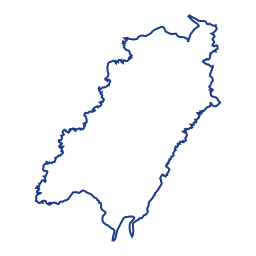 the district of Porto Estrela, Mato Grosso, Brazil
{"feature_id": "56859067B85478740045964", "entity_name": "Porto Estrela", "entity_type": "district", "adm_level": 2, "iso_a3": "BRA", "parent_name": "Brazil", "parent_adm1": "Mato Grosso", "projection": "mercator", "projection_center": [-57.219, -15.53], "detail": "fine", "context": "isolated", "style": "outline", "palette": "blue", "viewbox_px": 256, "rotation_deg": 0, "n_neighbors": 0, "source": "geoboundaries", "source_scale": "gbopen_adm2", "svg_char_len": 5787}
<svg xmlns="http://www.w3.org/2000/svg" viewBox="0 0 256 256"><path d="M124.4,42.7L123.5,44.8L124.6,45.2L123.9,47.4L126.5,50.2L128.5,50.5L129.3,51.2L130.1,54.1L131.7,55.5L131.0,56.6L129.8,56.7L129.1,57.9L130.8,57.9L127.1,61.1L125.8,61.0L124.7,60.2L123.5,60.5L123.1,63.0L121.3,61.7L121.3,59.9L120.2,60.4L119.1,59.9L118.0,61.1L118.1,62.2L116.1,61.1L116.0,63.1L114.1,60.9L113.2,60.6L111.8,61.4L108.6,62.6L107.5,66.4L107.4,67.9L107.7,71.6L108.5,73.8L108.4,75.0L107.3,77.2L105.2,78.9L105.6,79.8L106.9,79.9L107.4,80.9L108.6,79.6L109.6,80.0L110.3,81.3L109.2,83.4L109.0,85.2L107.7,85.2L106.5,86.7L105.3,86.9L104.3,87.5L102.8,87.3L100.7,89.1L99.7,88.4L99.2,87.5L98.6,88.7L99.0,89.6L99.1,90.6L100.2,91.7L100.6,93.5L101.7,92.7L101.4,94.3L102.2,95.5L101.7,97.4L103.6,98.8L103.8,100.0L102.9,100.7L102.7,101.9L101.0,101.8L99.8,102.5L101.2,103.4L101.5,104.4L100.2,106.1L98.9,106.4L98.2,107.4L96.9,106.3L94.0,108.1L93.0,109.5L94.1,109.5L94.8,110.6L93.0,111.6L91.5,111.9L90.0,111.5L88.6,112.2L87.8,113.3L85.5,112.8L84.6,113.8L84.3,115.5L85.6,116.0L86.5,118.9L86.7,121.1L86.5,122.6L84.8,123.0L85.1,124.5L83.9,124.2L84.7,126.5L84.0,127.1L83.7,128.4L82.5,129.5L81.3,128.8L80.4,129.5L79.7,128.4L78.4,128.7L77.0,129.5L75.3,129.0L75.4,130.7L74.3,130.1L73.1,128.4L71.8,129.1L70.3,129.0L70.4,130.3L69.2,130.3L69.4,131.7L68.6,132.6L65.8,131.2L65.4,130.1L64.5,129.7L62.8,131.2L62.6,132.4L63.9,134.6L61.2,135.8L62.0,136.9L62.1,138.2L60.8,140.4L59.4,140.0L58.6,140.4L59.1,142.1L61.9,143.6L61.4,144.6L60.0,145.2L59.1,146.2L60.0,147.5L60.8,147.0L62.9,146.7L61.4,148.9L61.7,150.1L61.3,151.2L62.6,151.0L63.1,152.6L61.9,154.0L60.9,154.5L60.4,155.7L58.5,155.5L57.4,156.9L55.2,157.9L55.7,159.1L54.5,162.0L53.0,161.9L51.9,163.1L49.7,162.5L48.4,163.6L47.4,163.7L47.4,162.2L46.4,161.9L46.0,163.6L44.6,164.3L43.3,166.0L43.5,167.3L43.0,169.3L43.8,170.8L46.6,171.0L47.4,171.5L46.5,174.5L45.5,176.0L44.0,176.4L45.3,177.5L44.7,180.2L45.7,180.7L45.1,181.9L43.2,180.3L42.1,180.3L40.5,183.2L39.2,183.6L39.6,185.3L39.0,186.2L37.3,186.3L36.2,188.0L38.8,188.2L39.2,189.4L37.0,191.2L36.9,192.3L40.5,193.0L39.6,193.9L37.8,193.8L36.1,196.4L36.4,198.4L35.9,201.0L37.3,201.4L38.2,202.7L39.8,203.0L40.6,202.2L42.7,202.8L42.3,200.9L43.9,200.7L45.8,201.2L46.2,203.0L48.5,204.4L49.2,202.9L50.5,202.9L50.4,204.2L52.8,202.8L54.2,202.5L56.7,203.3L57.7,204.0L59.2,203.7L59.8,202.0L61.0,201.6L62.7,201.7L64.6,200.5L66.2,200.3L68.1,199.2L73.0,192.4L76.5,192.1L78.9,193.0L82.7,190.5L84.3,190.7L87.4,192.8L91.3,194.3L94.2,197.4L96.3,198.3L97.6,200.2L98.7,200.7L99.1,202.7L100.8,203.0L101.1,205.0L101.0,207.3L102.3,210.0L105.4,212.1L105.4,213.2L104.5,214.5L103.3,215.5L102.5,217.4L102.4,220.5L102.9,221.7L103.4,222.5L105.8,224.4L106.7,225.1L107.7,225.2L110.8,227.9L113.2,229.2L114.4,230.5L114.2,233.5L113.4,235.2L112.5,240.4L113.6,240.6L114.9,239.3L115.6,237.6L117.0,231.0L117.6,229.6L122.9,219.3L123.8,217.9L125.5,217.1L131.4,216.4L132.8,216.6L134.3,217.6L134.0,218.7L130.4,222.7L129.6,225.3L129.6,228.7L130.2,231.9L130.8,234.2L132.1,236.5L132.7,235.0L133.4,230.9L132.9,226.9L132.9,223.5L135.5,221.2L138.9,219.5L139.2,218.5L140.3,218.1L141.6,218.2L142.6,217.3L143.8,215.3L146.0,214.5L146.9,213.4L148.0,211.4L147.3,210.0L147.2,208.7L148.8,204.7L148.7,203.2L149.3,201.7L152.7,197.8L153.9,195.4L155.0,194.6L154.9,193.3L157.5,190.7L161.7,183.7L161.5,182.1L160.9,181.1L161.0,179.9L160.3,179.1L160.3,177.7L162.3,174.6L163.5,174.7L164.3,176.0L165.6,176.5L166.1,175.5L167.2,175.1L167.0,173.7L168.1,172.5L169.4,169.5L168.3,168.0L166.5,166.7L166.0,165.6L167.5,164.6L167.0,163.6L168.8,162.7L168.5,161.4L169.7,160.4L169.5,159.2L170.6,159.0L171.2,158.2L171.3,156.5L172.7,156.3L173.7,155.2L173.1,153.3L174.7,150.8L175.7,150.1L174.9,149.0L175.1,148.0L176.4,147.6L176.0,146.6L177.1,146.6L178.0,145.9L177.8,143.9L180.0,143.9L179.6,142.2L180.8,141.7L183.2,142.2L183.2,141.1L184.2,141.6L186.1,140.3L185.2,138.4L187.0,135.6L186.5,133.3L185.6,132.5L184.4,132.4L183.1,131.6L184.1,131.1L185.7,130.9L184.9,129.2L186.1,128.7L187.6,129.3L188.8,129.0L189.7,128.0L191.4,128.0L192.4,127.4L190.8,124.7L192.7,125.1L193.9,124.7L193.5,123.2L194.2,122.4L196.0,122.5L196.4,121.4L195.6,120.6L195.2,119.7L197.0,119.5L199.1,117.4L198.8,116.4L199.7,115.5L199.1,114.4L198.2,114.1L197.5,113.0L198.8,112.9L200.8,113.5L200.3,111.6L202.1,112.2L202.0,111.0L203.7,111.0L207.0,107.3L209.1,106.7L210.3,105.9L210.4,103.1L211.3,103.3L212.1,105.3L214.4,106.2L215.9,106.3L217.9,104.8L220.1,102.5L217.8,100.0L217.5,98.7L215.9,97.5L214.1,96.8L213.0,96.8L211.6,96.1L211.0,95.3L211.0,94.2L210.4,92.9L211.2,91.9L210.1,90.5L211.2,90.7L212.7,90.4L212.5,89.3L210.1,88.1L209.2,86.6L210.6,85.1L210.9,83.6L212.0,81.5L212.9,80.7L212.4,78.2L211.5,77.1L209.9,75.9L210.3,73.7L211.3,70.8L211.9,69.9L212.1,68.5L213.0,67.1L212.8,65.9L211.6,66.6L210.7,66.4L208.6,64.5L207.3,64.5L205.8,63.8L202.9,61.6L203.7,60.4L205.7,60.1L206.6,58.9L208.0,59.6L209.5,58.6L210.1,56.7L209.9,55.1L210.7,54.3L210.5,53.1L211.9,52.7L212.8,52.1L213.4,50.9L215.8,51.5L215.5,49.7L217.6,48.7L217.4,45.9L216.3,45.3L214.3,46.3L213.1,45.9L212.4,45.3L214.2,42.3L213.7,41.0L212.6,39.5L213.1,38.2L214.6,36.3L214.0,35.3L211.7,33.6L212.9,33.4L215.5,30.7L216.8,28.6L215.8,26.8L215.8,25.3L213.1,25.7L209.3,23.6L208.4,24.3L207.1,24.0L205.8,21.9L204.6,21.1L198.8,20.9L195.4,18.6L193.7,18.0L189.4,15.4L188.5,16.4L189.4,17.4L193.0,20.9L197.0,23.7L198.0,24.6L198.8,26.0L194.4,29.3L190.6,34.2L188.0,41.9L188.0,40.2L187.4,39.0L186.6,38.4L185.5,38.3L184.5,37.4L179.0,36.8L177.8,36.1L176.0,33.6L172.0,34.1L170.8,33.9L166.2,31.9L165.5,31.2L164.0,27.8L162.6,26.9L160.9,27.0L155.0,29.5L153.1,30.8L150.4,33.6L145.9,36.1L142.4,35.5L141.2,35.6L138.7,36.8L136.9,39.0L133.7,39.5L129.8,39.0L128.4,38.7L127.5,37.9L124.5,38.3L125.9,39.8L127.0,39.1L126.7,40.3L125.5,41.3L124.4,42.7ZM124.4,42.7L123.2,41.5L122.8,42.9L124.4,42.7Z" fill="none" stroke="#1e3a8a" stroke-width="2"/></svg>